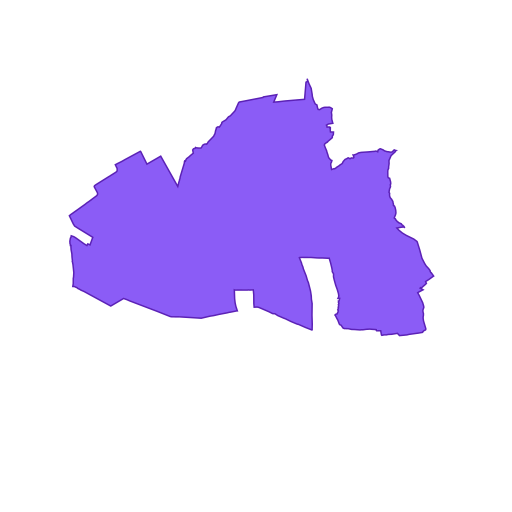 Vanju Mare, Mehedinti, Romania (Albers equal-area conic projection), rotated 60°
{"feature_id": "2599482B43944319734249", "entity_name": "Vanju Mare", "entity_type": "district", "adm_level": 2, "iso_a3": "ROU", "parent_name": "Romania", "parent_adm1": "Mehedinti", "projection": "albers", "projection_center": [22.89, 44.417], "detail": "fine", "context": "isolated", "style": "filled", "palette": "violet", "viewbox_px": 512, "rotation_deg": 60, "n_neighbors": 0, "source": "geoboundaries", "source_scale": "gbopen_adm2", "svg_char_len": 6115}
<svg xmlns="http://www.w3.org/2000/svg" viewBox="0 0 512 512"><g transform="rotate(60 256 256)"><path d="M200.7,422.7L226.7,406.8L226.6,391.9L229.4,389.5L232.0,387.6L254.6,369.2L265.6,360.5L266.5,359.4L270.5,352.6L282.5,334.5L285.1,325.9L286.5,322.3L288.1,317.1L290.8,309.4L291.4,307.3L291.9,306.1L293.8,300.4L294.2,299.6L289.5,298.6L286.1,297.5L282.4,295.9L274.5,291.7L274.9,291.4L277.0,287.7L281.2,280.5L281.6,279.5L282.6,278.1L282.7,277.7L284.0,275.3L288.6,277.4L296.0,281.6L299.4,283.2L300.8,280.5L302.0,279.2L310.7,272.7L314.2,270.4L315.1,269.1L315.4,268.5L318.4,267.0L323.8,263.0L325.1,261.9L330.3,258.4L335.7,254.3L336.2,253.6L342.6,248.9L348.5,244.2L348.0,244.3L347.6,244.1L343.2,241.4L335.4,237.2L325.3,231.2L321.1,229.6L318.2,228.1L313.6,226.3L305.1,223.9L303.1,223.7L298.2,222.5L290.7,221.4L289.1,220.9L286.1,220.5L284.9,220.1L279.1,219.3L279.1,219.0L280.2,216.9L284.9,208.9L288.5,203.6L290.9,199.5L294.2,194.4L294.5,193.7L299.4,194.9L304.8,196.5L306.9,197.3L307.7,197.8L310.3,197.8L312.8,199.3L315.8,200.2L321.2,201.6L325.7,202.4L329.8,203.4L332.0,204.3L333.0,205.2L333.6,206.1L333.8,205.6L334.5,204.7L336.4,206.5L336.5,206.8L336.3,207.2L337.5,207.6L337.6,207.9L338.4,207.9L339.0,208.5L339.3,209.0L339.7,209.0L340.4,209.4L341.4,210.2L341.4,210.4L341.5,210.5L342.1,210.5L342.9,211.4L343.5,211.8L343.5,212.0L344.2,212.0L344.4,212.1L344.5,212.4L345.0,212.5L345.5,212.9L346.1,214.0L346.7,214.5L346.4,215.6L346.4,216.8L346.6,217.0L346.9,217.2L347.5,217.0L350.6,217.2L352.4,217.2L356.6,217.9L357.5,217.7L358.5,216.9L361.4,216.7L362.0,216.6L363.0,215.8L365.1,212.4L367.4,209.9L369.0,207.3L369.9,206.0L372.0,202.9L372.3,202.3L372.4,201.9L373.4,200.2L374.6,197.2L376.2,194.0L377.5,192.2L379.7,188.9L379.9,188.7L380.4,189.0L381.1,188.9L383.1,185.4L387.0,186.8L387.6,186.7L388.4,184.4L389.5,182.5L390.0,180.8L391.6,177.7L393.7,172.2L396.7,171.5L399.8,164.7L400.4,162.6L404.0,153.8L405.4,150.0L405.2,149.5L405.0,149.4L404.6,147.6L404.8,146.2L404.6,145.8L403.9,145.3L396.0,143.4L393.5,142.4L392.3,141.7L391.0,140.6L389.4,139.7L388.7,139.6L386.9,138.9L385.9,138.1L384.5,136.4L383.4,135.9L379.8,135.0L372.2,134.4L368.6,134.3L368.6,133.4L368.8,128.2L367.0,129.2L366.0,130.0L365.6,129.4L366.3,128.6L365.3,123.4L364.9,122.1L363.2,122.0L362.9,121.9L362.8,118.1L362.2,112.5L362.2,112.2L358.1,112.6L357.8,112.9L356.1,112.8L355.7,112.5L353.1,112.8L349.7,113.6L346.7,113.7L340.9,113.4L332.7,111.2L324.3,109.3L323.7,109.4L320.2,110.9L313.2,115.6L309.2,117.8L304.6,119.5L302.2,120.0L303.6,116.1L304.6,113.8L304.8,113.5L306.0,113.0L303.9,113.2L303.5,113.5L302.9,113.5L302.0,114.0L300.7,114.1L298.3,115.9L297.7,115.9L296.9,116.5L296.0,116.5L295.2,116.8L293.5,116.7L292.7,117.3L292.4,117.3L292.0,117.1L290.1,114.6L288.7,113.3L286.2,112.1L283.6,111.3L282.0,111.1L281.7,111.2L281.4,111.6L280.9,111.7L279.9,111.1L279.0,110.8L278.4,110.7L277.2,110.2L274.6,110.2L272.7,110.6L270.9,110.3L269.3,109.5L268.5,108.9L267.4,109.0L264.7,106.8L263.3,104.9L261.7,104.2L261.2,103.9L261.0,103.3L259.2,102.4L255.5,101.4L254.5,102.3L253.3,102.2L248.8,99.7L247.5,98.8L246.2,97.1L245.4,96.8L242.6,94.6L239.8,93.1L236.6,88.8L235.4,83.5L235.0,82.6L234.6,82.3L234.6,82.1L234.2,82.6L233.5,82.9L233.2,83.3L233.4,84.1L233.8,85.5L233.9,86.0L233.8,86.7L233.2,87.8L232.1,89.0L231.1,90.4L229.1,92.2L227.7,92.8L225.4,94.6L225.2,94.9L225.2,96.0L225.3,97.2L225.5,97.5L226.6,98.5L225.7,99.1L225.0,99.8L224.5,101.4L224.1,102.1L222.0,106.7L218.8,113.2L218.0,115.6L218.0,118.0L217.4,121.0L217.1,121.4L218.9,121.7L219.5,121.9L219.8,122.4L219.7,123.0L218.7,124.5L218.8,125.8L218.7,126.0L217.2,126.9L217.0,127.4L217.1,128.5L216.9,130.6L217.7,133.0L218.1,133.8L218.7,134.5L219.1,135.6L219.1,137.4L219.4,139.1L219.5,142.1L219.8,143.1L219.8,144.3L219.4,144.6L218.9,147.3L214.6,145.8L213.3,145.0L213.0,144.7L212.7,144.0L211.3,142.5L211.0,142.6L210.9,143.0L210.6,143.2L207.8,143.8L206.6,143.8L204.0,143.1L201.4,142.6L200.1,142.2L197.3,141.9L194.2,141.4L193.4,140.6L193.1,139.2L193.1,137.4L192.9,137.4L191.7,130.9L191.2,130.4L190.7,130.2L190.2,129.8L189.8,128.7L189.5,128.3L187.4,126.9L185.8,129.5L184.6,129.0L182.1,127.5L181.9,128.0L181.1,127.7L179.9,130.0L178.3,129.4L177.9,129.5L177.9,127.3L179.5,123.1L175.7,122.1L173.8,121.2L171.8,119.9L169.3,118.9L167.4,117.0L166.6,116.3L165.2,117.0L164.0,117.8L161.6,122.1L161.3,122.9L161.1,123.8L160.9,125.3L161.1,127.7L160.1,128.9L158.4,128.6L155.6,127.7L154.5,128.4L153.7,128.7L149.1,128.2L146.0,127.4L144.0,126.5L138.4,124.4L133.5,124.0L128.0,123.1L130.7,123.9L130.4,125.5L130.5,125.8L144.6,135.6L136.1,153.7L133.3,160.2L131.6,163.7L126.7,157.3L121.9,170.1L122.2,170.7L116.3,187.8L114.3,193.5L114.6,194.5L118.0,199.2L119.4,201.0L119.9,202.0L121.7,207.9L121.8,208.6L121.7,210.2L123.0,213.7L123.1,215.0L123.1,216.9L123.2,218.6L123.5,219.0L124.2,219.5L126.0,223.1L126.0,223.4L125.6,223.6L125.3,224.1L125.0,224.8L125.1,225.9L125.3,226.4L125.9,226.6L126.0,227.0L126.5,227.3L126.6,227.6L127.1,228.2L129.5,230.3L130.4,231.8L131.1,232.7L133.3,240.4L134.0,241.5L134.5,242.7L134.5,242.9L134.1,243.0L133.4,244.7L133.3,246.3L133.6,247.1L134.5,248.5L135.0,249.7L134.1,251.3L132.4,253.7L131.8,254.1L132.2,254.6L132.3,255.0L132.1,255.3L131.9,256.6L132.1,256.8L132.5,257.8L135.6,258.9L136.2,262.6L136.6,264.2L137.0,267.4L137.5,268.4L138.6,269.7L138.0,270.2L138.5,270.8L139.7,271.6L149.5,282.0L151.0,283.2L151.8,284.2L152.2,284.4L153.5,285.9L156.7,289.0L121.9,288.6L121.9,304.5L109.2,303.7L108.3,303.6L107.5,303.8L107.0,321.3L107.0,325.0L106.7,329.5L106.6,332.2L110.8,332.5L112.4,333.4L113.2,334.3L113.4,335.9L114.2,358.9L114.4,360.7L115.1,361.5L122.1,361.7L123.3,362.3L124.1,363.6L125.3,373.8L125.4,375.6L125.8,378.2L127.5,395.8L127.8,397.5L136.9,398.2L139.4,398.1L142.7,396.4L158.2,388.0L163.4,394.2L161.4,395.6L162.4,397.2L159.5,398.8L150.2,403.0L148.2,404.1L146.1,405.9L147.4,407.0L147.7,407.8L150.1,409.8L152.3,410.9L153.4,411.1L154.1,411.5L154.4,411.0L155.7,411.8L158.1,413.0L162.1,414.4L164.8,415.8L168.2,417.3L168.7,417.8L169.3,417.9L171.9,418.8L179.3,422.1L183.1,424.6L183.8,425.3L188.7,428.2L190.8,429.9L191.7,428.5L194.1,426.8L195.1,426.5L196.8,425.3L198.0,424.7L200.7,422.7Z" fill="#8b5cf6" stroke="#5b21b6" stroke-width="1.5"/></g></svg>